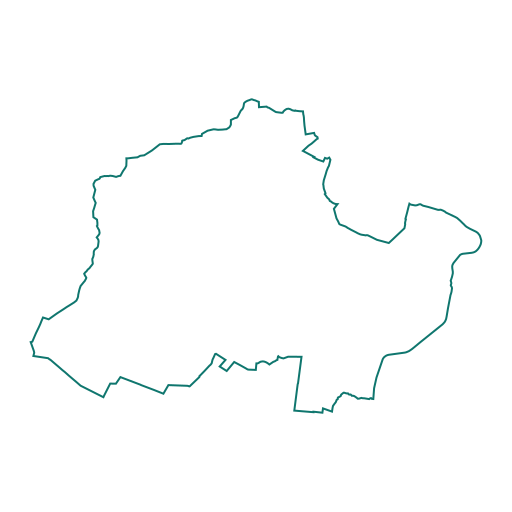 outline of Salonta, Bihor, Romania
{"feature_id": "2599482B98567078835058", "entity_name": "Salonta", "entity_type": "district", "adm_level": 2, "iso_a3": "ROU", "parent_name": "Romania", "parent_adm1": "Bihor", "projection": "natural_earth1", "projection_center": [21.618, 46.803], "detail": "fine", "context": "isolated", "style": "outline", "palette": "teal", "viewbox_px": 512, "rotation_deg": 0, "n_neighbors": 0, "source": "geoboundaries", "source_scale": "gbopen_adm2", "svg_char_len": 6013}
<svg xmlns="http://www.w3.org/2000/svg" viewBox="0 0 512 512"><path d="M373.3,399.0L374.1,388.2L376.5,377.5L382.7,359.3L383.0,358.7L383.9,357.4L385.1,356.4L386.3,355.6L387.5,355.1L388.7,354.8L404.8,352.6L406.1,352.3L408.8,351.2L410.2,350.3L412.2,348.9L420.7,341.9L442.6,324.3L443.8,323.0L444.6,322.1L445.4,320.7L446.1,319.0L446.6,316.6L448.0,308.2L450.5,295.1L451.1,293.3L451.5,291.8L451.9,289.0L452.0,288.4L451.9,287.7L451.7,287.0L450.8,285.5L450.8,285.1L451.3,283.6L451.3,282.9L451.2,282.4L450.8,281.0L450.7,280.7L451.0,279.9L451.5,278.4L452.0,276.9L452.8,273.4L452.8,272.5L452.8,271.6L452.3,268.4L452.2,266.6L452.3,265.7L452.6,264.7L453.6,262.9L460.1,254.9L461.4,254.2L462.7,253.8L471.6,252.8L473.5,252.4L474.7,251.9L475.9,251.2L477.4,249.8L478.3,248.7L479.2,247.4L480.2,245.5L480.8,244.0L481.2,242.0L481.3,240.6L481.1,239.7L480.0,236.1L479.6,235.3L478.0,233.2L476.9,232.3L475.8,231.6L469.8,228.7L466.5,226.8L465.1,225.6L463.8,224.2L462.8,223.3L460.3,220.8L457.1,218.0L455.1,216.9L447.1,213.1L445.9,212.5L444.9,211.6L442.8,210.5L440.7,209.7L438.6,209.9L437.8,209.8L428.4,207.0L423.1,205.7L421.9,205.1L420.8,204.4L420.1,204.2L419.1,204.4L417.0,205.2L415.8,205.4L415.0,205.4L410.8,204.6L409.8,204.0L409.4,203.7L408.5,206.9L407.1,212.6L405.4,218.9L405.9,219.3L405.4,221.1L405.0,223.2L405.2,224.1L404.8,226.4L404.4,228.3L397.1,235.2L392.7,239.4L388.8,243.0L376.9,239.8L371.9,237.3L368.0,235.4L367.2,235.2L366.3,235.2L365.7,235.4L365.4,235.3L361.5,234.7L360.1,234.3L357.2,233.0L356.8,232.7L350.9,229.7L348.8,228.5L347.4,227.8L347.0,227.4L345.7,226.6L345.0,226.3L340.8,224.8L339.7,224.3L339.4,224.1L339.2,223.8L338.2,221.5L336.5,218.4L333.9,208.8L337.5,204.1L335.6,204.0L333.3,203.2L332.3,202.5L331.7,202.2L331.2,201.6L329.9,201.0L329.6,200.6L329.4,199.8L329.1,199.3L327.3,197.7L326.2,196.1L324.8,194.1L325.2,193.7L325.5,193.3L323.8,188.5L323.4,185.1L323.2,184.4L323.3,183.6L323.8,180.3L325.7,174.2L326.6,171.0L328.0,167.5L328.9,165.9L329.3,164.3L330.4,159.8L329.2,157.6L327.2,158.7L325.0,157.9L323.3,161.5L318.0,159.7L313.6,157.4L314.2,156.9L302.9,150.9L308.2,146.0L309.1,145.3L310.6,144.3L311.6,143.6L314.5,141.1L315.8,139.9L317.2,138.8L317.7,138.6L317.5,137.2L315.1,135.5L314.7,134.9L314.1,132.9L305.7,134.4L304.5,125.6L304.1,121.1L304.0,119.2L303.9,117.5L303.6,115.5L303.3,114.4L303.0,111.7L303.0,111.4L299.5,111.2L295.5,110.7L295.2,110.5L294.9,110.8L294.5,110.8L292.3,110.3L290.3,109.2L288.5,108.7L287.0,108.9L286.4,109.1L284.6,110.3L283.4,111.5L282.7,112.7L281.9,112.8L280.8,112.7L276.2,112.1L275.6,111.9L269.0,107.8L267.5,107.4L266.6,106.6L259.0,107.2L258.9,104.0L258.8,101.8L257.5,101.4L255.3,100.4L254.0,100.1L251.9,99.3L251.6,99.3L250.6,99.6L249.7,100.0L247.6,100.7L246.2,101.4L244.8,102.4L244.3,102.9L244.0,103.5L243.6,106.1L243.1,107.8L242.2,109.4L241.8,109.5L240.6,111.0L238.3,115.6L237.5,117.0L236.9,117.6L236.0,117.9L234.4,118.3L233.9,118.6L230.9,120.0L230.9,124.4L230.5,125.5L229.3,127.4L226.5,129.2L225.1,129.3L222.4,129.6L218.0,129.8L215.2,129.4L213.5,129.3L207.6,130.7L202.0,133.9L201.6,136.0L198.6,136.1L193.4,136.9L190.3,137.7L188.5,138.5L187.2,138.3L184.5,140.1L182.6,140.5L182.2,140.7L182.1,141.7L181.7,142.9L181.3,143.6L180.8,143.8L176.7,143.7L169.0,144.0L163.5,143.9L159.8,144.3L151.9,150.5L144.2,155.3L140.2,155.8L137.5,157.3L132.3,157.8L128.3,158.3L126.4,158.3L126.5,160.8L126.3,165.8L125.3,167.8L123.0,171.1L120.4,175.8L119.4,175.9L118.1,176.2L116.1,176.9L112.7,176.0L111.9,175.9L110.1,175.7L108.5,176.1L107.4,176.0L105.6,176.1L104.6,176.0L100.3,177.1L100.1,177.5L99.9,178.1L99.4,178.8L98.1,179.3L95.2,180.7L93.5,183.9L93.6,185.8L95.3,189.8L93.3,197.5L94.8,201.0L95.7,202.9L94.9,205.5L94.2,207.9L93.1,211.2L93.4,217.2L97.0,219.6L97.4,222.8L97.4,225.4L96.9,226.0L97.5,227.3L98.3,228.8L99.1,230.1L99.6,232.9L99.2,234.3L98.1,235.7L96.7,237.4L97.7,238.7L98.4,240.0L98.6,241.5L98.0,246.1L97.8,246.7L97.6,247.2L96.8,248.1L95.0,249.4L94.2,250.6L93.8,251.7L93.7,253.8L93.8,254.6L93.6,255.1L93.3,256.7L92.9,257.6L92.7,258.2L92.3,259.0L92.4,260.6L92.7,262.7L92.8,263.6L92.6,264.1L91.6,265.4L90.6,266.6L89.5,268.1L87.6,269.7L87.2,270.4L86.3,271.5L85.5,272.1L84.2,273.7L84.4,274.3L85.0,275.5L86.1,277.3L86.3,277.7L86.2,278.2L85.8,279.1L85.2,280.1L84.9,280.8L83.7,282.2L80.6,286.0L79.7,288.6L79.2,290.4L78.2,294.9L78.1,296.5L77.7,297.9L76.4,300.6L74.0,302.5L69.4,305.4L66.6,307.1L64.4,308.6L57.3,313.2L55.3,314.6L48.7,319.3L43.0,317.5L41.4,321.2L40.3,324.0L38.9,327.1L35.9,333.3L32.3,341.7L30.7,342.1L33.0,348.6L33.7,350.5L34.1,352.1L34.2,352.8L33.4,356.0L48.1,358.2L49.7,359.5L50.2,359.6L57.2,365.6L57.7,366.0L62.4,370.1L64.9,372.1L68.7,375.5L76.7,382.3L80.6,385.7L103.4,397.2L104.2,395.4L110.2,383.6L115.9,383.7L120.4,377.1L140.7,384.8L140.9,385.0L154.1,390.0L163.4,393.7L168.4,385.1L187.4,385.8L188.3,386.0L189.3,386.4L189.7,386.3L197.1,379.2L199.3,377.1L199.5,376.6L199.4,376.2L204.3,371.2L209.6,365.5L210.3,365.0L211.4,363.7L211.7,363.2L212.5,359.8L212.9,358.9L213.5,357.7L215.1,354.1L216.0,353.8L225.5,359.9L219.7,366.5L226.7,371.0L234.2,362.0L240.0,365.1L245.9,368.4L247.0,369.1L248.1,369.6L255.8,369.9L256.4,363.4L257.6,363.4L258.9,362.8L259.3,362.4L260.7,361.7L262.6,361.4L263.9,361.5L265.5,362.0L266.7,362.6L267.7,363.2L269.4,364.5L273.2,361.9L275.0,361.2L276.6,360.1L277.4,359.9L277.5,359.1L278.0,356.5L278.3,356.2L279.1,357.0L279.7,357.3L281.6,358.0L283.5,358.4L288.2,356.7L301.5,356.8L298.0,383.5L297.7,384.1L297.3,387.1L294.3,410.6L313.5,412.2L313.5,411.7L322.4,412.7L323.0,408.4L332.0,411.6L332.6,407.7L333.0,405.9L334.7,403.5L335.7,402.3L336.7,399.8L337.7,399.2L337.8,399.0L337.8,397.9L338.0,397.5L339.7,396.7L340.8,395.9L341.0,395.0L341.2,394.6L343.3,392.9L343.7,392.7L344.1,392.7L346.4,393.4L348.0,393.4L348.3,393.7L348.6,394.3L348.8,394.4L349.6,394.6L350.6,394.5L350.9,394.7L351.9,395.8L352.9,395.7L354.3,396.1L356.2,397.4L357.0,398.0L357.7,398.7L357.9,398.7L358.8,398.7L361.4,397.9L362.5,398.2L364.4,398.3L369.2,399.1L370.0,398.4L370.5,398.3L370.8,398.1L371.0,398.1L371.3,398.2L371.5,398.6L371.7,398.8L372.3,398.9L373.3,399.0Z" fill="none" stroke="#0f766e" stroke-width="2"/></svg>